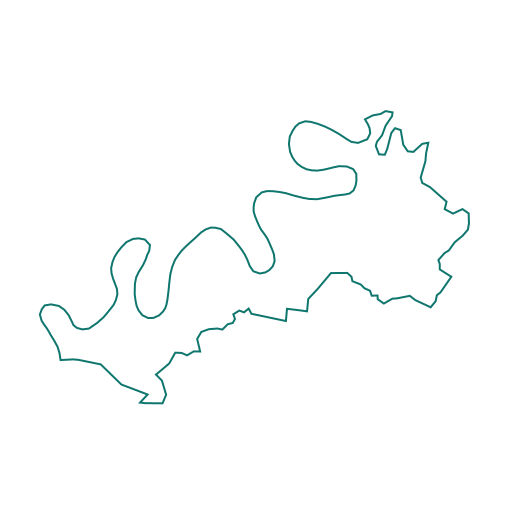 outline of Marcelino Ramos, Rio Grande do Sul, Brazil, rotated 277°
{"feature_id": "56859067B19657711015039", "entity_name": "Marcelino Ramos", "entity_type": "district", "adm_level": 2, "iso_a3": "BRA", "parent_name": "Brazil", "parent_adm1": "Rio Grande do Sul", "projection": "natural_earth1", "projection_center": [-51.946, -27.463], "detail": "fine", "context": "isolated", "style": "outline", "palette": "teal", "viewbox_px": 512, "rotation_deg": 277, "n_neighbors": 0, "source": "geoboundaries", "source_scale": "gbopen_adm2", "svg_char_len": 3212}
<svg xmlns="http://www.w3.org/2000/svg" viewBox="0 0 512 512"><g transform="rotate(277 256 256)"><path d="M216.1,116.9L210.4,119.9L206.3,122.0L201.1,123.1L195.2,122.3L190.1,120.6L185.6,117.9L180.3,114.6L176.4,112.0L173.4,109.3L170.3,106.6L167.3,103.2L163.6,99.0L162.0,92.6L162.8,87.0L165.1,83.3L169.1,80.8L174.4,77.3L179.3,72.3L182.4,66.5L183.0,58.5L181.2,52.3L177.1,49.9L171.6,48.6L165.7,51.1L162.4,53.8L158.5,57.4L155.3,59.9L152.1,62.2L147.7,65.8L141.7,70.1L135.9,72.7L128.9,74.7L131.1,87.0L131.3,92.4L129.5,115.1L112.0,138.1L105.3,165.3L96.4,158.8L96.4,163.8L98.4,181.2L107.4,183.7L120.9,177.8L126.1,171.2L138.8,183.0L150.2,187.6L150.7,194.0L149.0,199.7L153.7,205.8L154.4,212.2L166.5,207.7L174.0,211.0L177.6,218.1L179.3,226.5L178.9,231.6L184.8,236.2L186.7,241.1L190.9,242.8L195.4,240.6L199.8,246.1L198.6,251.0L202.9,255.1L198.1,258.5L195.1,293.6L207.4,293.2L207.4,305.7L207.3,313.4L219.8,313.1L230.5,321.0L248.2,332.5L250.3,348.7L247.0,353.3L242.7,354.8L240.5,363.4L237.2,367.6L235.4,373.4L230.7,375.7L231.6,381.4L227.9,382.1L224.4,388.7L230.3,396.6L231.1,401.0L235.2,413.5L231.6,419.6L226.4,435.6L233.0,439.8L239.1,440.3L242.3,443.5L259.2,452.4L265.1,440.0L270.4,439.4L274.2,437.5L281.9,442.8L285.0,446.7L293.9,451.6L301.4,458.7L308.0,463.1L314.2,463.4L324.2,461.9L327.7,455.2L322.1,446.4L325.5,437.6L333.1,438.5L345.5,420.4L348.8,412.1L353.9,409.9L370.7,412.6L378.4,412.3L389.4,413.2L387.6,407.4L378.5,399.5L378.4,393.9L384.4,388.6L398.6,384.3L399.8,378.4L394.6,375.3L378.3,373.2L372.2,371.5L371.9,365.7L379.8,361.5L384.0,362.1L391.2,366.4L401.2,368.8L411.4,374.0L415.2,374.0L415.6,366.9L412.2,362.4L409.7,354.6L404.9,347.5L400.4,351.0L396.6,353.2L391.6,354.4L385.4,352.2L380.7,343.5L380.9,336.7L383.5,331.0L387.2,323.6L390.5,315.6L392.8,308.9L394.7,301.3L395.8,294.1L395.7,288.5L392.9,282.6L389.3,279.4L385.0,277.2L378.7,275.0L371.2,275.0L363.4,277.2L358.7,280.0L355.3,282.8L352.5,285.9L350.0,290.5L348.3,295.4L347.8,300.8L348.2,306.3L349.8,312.3L351.4,316.8L353.4,322.0L355.3,327.6L355.9,335.2L354.1,341.8L349.8,345.5L343.1,346.5L338.2,346.3L333.0,344.8L329.5,341.4L327.9,336.9L326.7,331.8L325.2,326.1L323.4,321.0L321.7,315.8L319.8,309.7L319.1,301.8L319.5,295.0L320.2,289.3L320.8,284.7L322.0,278.0L322.4,271.6L322.4,264.9L321.7,258.8L319.8,253.9L314.3,249.1L308.0,247.7L303.7,247.7L299.7,248.3L295.4,250.2L290.3,253.0L286.0,255.6L282.7,257.9L278.4,262.0L274.2,265.5L269.3,268.4L264.7,271.1L259.8,273.6L253.3,275.1L248.0,274.0L243.8,271.1L240.9,267.4L239.1,262.0L240.5,255.2L245.3,251.0L251.5,247.7L256.2,244.6L260.4,241.1L264.4,237.2L269.6,231.8L273.0,226.7L275.7,222.5L278.5,217.8L279.1,212.2L278.7,207.7L276.3,202.9L272.8,198.7L266.5,193.5L260.4,188.1L255.7,184.2L251.7,181.2L247.2,178.6L242.3,176.1L234.8,174.1L227.4,173.2L218.2,173.2L212.6,173.4L208.4,173.4L202.3,173.4L197.2,173.1L193.1,172.3L189.4,170.4L185.2,167.0L182.0,161.6L181.3,156.5L183.3,150.5L187.7,146.1L191.7,143.7L196.6,142.0L203.0,140.3L207.6,139.8L213.9,139.2L220.2,139.7L225.5,141.4L233.0,144.9L239.6,147.1L243.5,147.8L248.2,149.4L254.0,149.4L258.8,143.7L259.2,137.5L258.0,131.9L254.0,125.7L248.2,121.3L242.6,117.9L237.8,115.7L232.6,114.3L226.4,113.7L221.3,114.7L216.1,116.9Z" fill="none" stroke="#0f766e" stroke-width="2"/></g></svg>